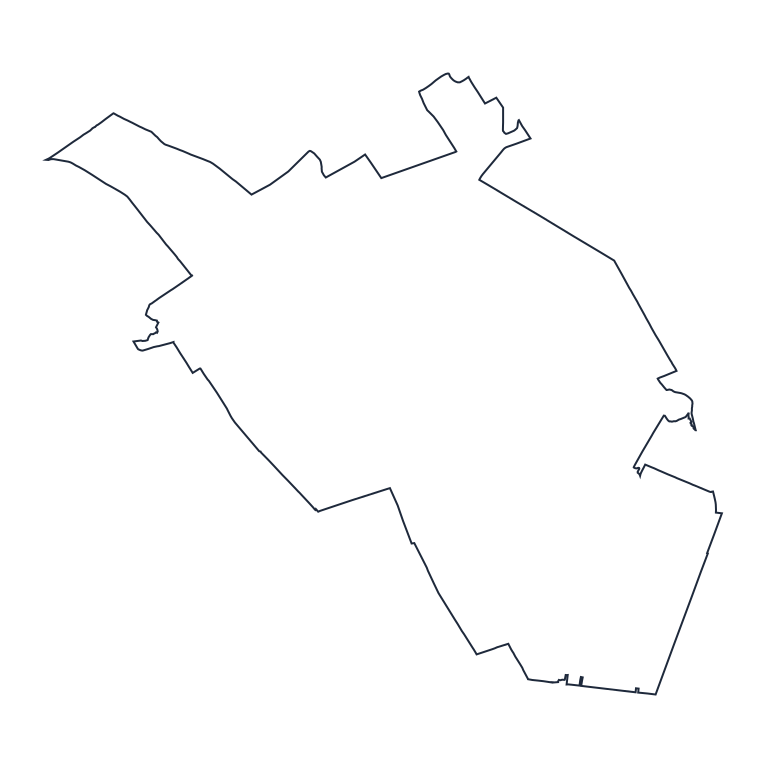 Trifesti, Neamt, Romania
{"feature_id": "2599482B56536126693298", "entity_name": "Trifesti", "entity_type": "district", "adm_level": 2, "iso_a3": "ROU", "parent_name": "Romania", "parent_adm1": "Neamt", "projection": "mercator", "projection_center": [26.835, 46.906], "detail": "fine", "context": "isolated", "style": "outline", "palette": "slate", "viewbox_px": 768, "rotation_deg": 0, "n_neighbors": 0, "source": "geoboundaries", "source_scale": "gbopen_adm2", "svg_char_len": 6027}
<svg xmlns="http://www.w3.org/2000/svg" viewBox="0 0 768 768"><path d="M707.8,553.5L707.1,553.2L713.7,535.6L714.7,532.9L721.9,513.3L715.9,512.6L716.0,509.9L715.8,504.6L715.5,502.2L714.8,498.9L714.0,495.5L713.0,491.5L711.7,491.7L711.3,492.0L710.6,492.0L709.3,491.6L694.5,485.4L693.3,485.0L689.6,483.3L676.8,478.1L675.2,477.3L668.0,474.4L660.9,471.3L658.5,470.3L654.2,468.3L651.9,467.4L645.2,464.6L644.1,466.8L641.6,471.6L640.6,473.8L640.1,475.8L639.9,475.2L639.4,474.3L639.0,473.7L637.7,472.7L637.7,471.7L639.3,468.8L639.1,468.0L638.3,467.8L636.7,468.4L635.2,468.2L633.8,467.5L633.7,467.3L634.9,464.9L642.4,451.5L651.7,435.7L653.2,433.0L663.8,415.6L664.9,415.8L666.8,418.8L668.1,420.5L669.3,421.4L670.8,421.4L671.3,421.6L672.3,421.6L673.9,421.2L675.4,421.3L676.7,420.9L678.9,419.6L680.8,419.0L685.4,417.1L685.8,416.8L687.4,414.7L688.3,413.5L688.7,412.7L688.7,413.4L688.4,415.2L688.6,416.2L688.6,418.5L689.7,418.5L691.3,421.7L691.3,422.1L691.1,422.3L690.5,422.8L690.7,423.5L691.1,423.6L691.7,424.4L691.4,425.3L691.5,425.5L692.1,426.0L692.5,426.1L693.5,426.7L693.5,428.1L693.8,428.7L694.4,429.0L695.4,430.2L695.7,430.2L695.5,429.6L693.9,423.0L693.5,422.0L692.8,418.5L692.1,415.7L691.8,414.6L691.6,413.8L691.6,412.3L691.9,410.6L691.9,408.2L692.1,407.1L692.2,406.6L692.2,405.3L692.5,403.7L692.3,401.5L691.9,400.5L690.2,398.5L688.1,396.7L685.7,395.0L684.4,394.3L681.6,393.3L680.3,393.0L675.1,392.1L673.5,391.4L671.6,390.0L671.0,389.9L669.4,389.5L668.9,389.6L667.0,390.0L666.5,390.0L664.2,387.4L661.7,384.3L660.3,382.8L658.0,379.3L657.7,378.6L660.0,377.5L664.1,376.0L676.5,370.9L675.7,369.2L674.9,367.8L672.2,363.6L671.6,362.3L670.1,360.0L667.4,355.4L659.0,340.7L655.6,335.2L651.7,328.3L649.3,323.7L645.9,317.7L645.0,315.9L638.1,303.4L637.6,302.3L633.0,294.4L631.0,290.7L629.3,288.0L621.6,273.9L615.0,262.1L614.2,260.6L600.6,252.4L574.1,236.6L540.3,216.1L515.7,201.5L488.5,185.2L479.3,179.8L480.0,178.4L481.4,176.1L482.9,174.1L500.6,152.9L503.0,149.9L504.2,148.6L505.0,148.0L506.3,147.2L516.4,143.7L530.5,138.5L525.1,130.2L522.2,126.1L518.9,120.1L518.5,120.4L517.9,122.6L517.6,125.9L517.2,127.7L517.0,128.2L515.1,129.9L514.0,130.7L513.1,131.1L508.1,133.3L506.0,133.9L504.4,132.8L503.5,131.4L503.2,131.2L503.0,130.9L502.9,130.0L503.0,125.5L503.1,122.6L503.1,122.3L503.1,107.6L496.3,97.7L485.0,103.5L477.7,91.9L474.6,87.3L471.4,82.2L470.5,80.6L469.7,79.1L469.0,78.0L468.6,76.9L467.4,77.7L466.4,78.5L463.9,80.2L462.1,81.2L459.9,82.3L459.0,82.3L457.6,82.3L455.4,81.5L453.6,80.4L452.5,79.4L451.0,77.8L450.2,76.8L449.7,75.8L449.3,74.5L448.8,73.7L448.0,73.5L445.8,74.0L444.0,74.9L441.2,76.5L439.2,77.9L435.7,80.4L431.5,84.0L428.8,86.0L425.9,88.0L423.1,89.7L420.8,90.6L419.1,91.6L419.4,92.8L420.2,95.2L422.0,98.8L423.6,103.0L424.9,105.6L427.2,110.2L428.7,111.6L433.6,116.5L437.7,122.0L443.2,130.1L445.8,134.9L454.2,147.9L456.3,151.5L455.4,152.0L381.3,178.1L370.8,162.6L365.1,154.5L354.5,161.7L325.8,177.5L323.9,175.3L321.9,171.7L321.6,168.1L321.7,167.0L321.5,165.8L320.8,161.8L319.8,159.6L317.0,156.6L314.2,153.4L311.1,151.3L310.4,151.0L309.8,150.9L308.6,151.5L288.3,171.5L270.0,184.7L251.5,194.6L235.9,181.5L232.6,179.2L219.8,168.7L212.9,163.6L212.2,163.2L210.2,162.0L207.4,160.9L203.0,159.1L190.6,154.5L188.9,153.7L182.6,151.0L180.1,150.1L176.7,148.7L168.6,145.7L165.6,144.7L164.4,144.1L161.0,141.3L159.0,139.2L157.2,137.1L155.5,135.8L151.4,131.8L145.3,129.3L141.7,127.5L139.6,126.6L131.9,122.6L130.8,122.1L127.6,120.5L124.0,118.9L119.8,116.6L117.8,115.7L114.0,113.5L113.4,113.3L105.5,119.1L101.5,122.2L98.0,124.7L96.6,125.4L95.0,127.0L94.7,127.0L92.4,128.3L91.8,129.0L90.1,130.6L85.7,133.4L83.5,134.7L80.1,137.3L73.4,141.7L57.7,152.7L49.9,157.9L48.5,158.7L46.1,159.8L48.5,160.0L49.8,159.5L51.7,159.1L53.5,159.1L68.4,161.7L70.6,162.4L72.7,163.5L76.1,165.6L78.8,166.9L84.7,170.2L92.2,174.9L106.0,183.9L110.6,186.3L120.4,191.9L124.8,194.7L127.2,196.5L127.9,197.3L130.0,199.9L132.1,202.7L136.4,208.1L147.1,221.9L150.4,225.5L156.6,232.7L158.6,234.7L163.5,241.1L166.2,244.6L167.9,246.4L170.6,249.6L172.5,251.8L174.7,254.4L176.8,257.0L177.7,258.5L178.2,259.2L180.0,261.1L190.8,274.7L191.5,275.4L192.0,275.4L192.1,275.6L184.3,281.1L172.7,289.1L170.9,290.2L159.2,298.0L151.6,303.5L150.2,304.1L149.4,305.0L149.0,306.1L148.8,307.0L147.6,309.4L147.2,310.1L145.9,314.8L146.9,315.8L148.7,316.9L151.1,318.9L153.1,319.9L155.3,320.2L156.9,320.6L157.0,321.7L158.4,322.5L156.0,327.3L156.9,328.6L157.4,329.9L157.7,331.5L157.0,332.8L156.1,332.3L155.2,333.1L154.2,333.5L153.4,334.1L150.9,334.1L150.1,334.9L148.5,337.4L147.6,340.1L145.3,340.8L142.4,341.0L141.0,340.5L133.5,341.5L137.4,348.1L137.8,348.8L138.3,349.3L140.4,350.2L141.5,350.5L142.7,350.6L147.7,349.1L151.6,347.8L153.6,347.1L157.3,346.3L158.8,346.1L170.2,343.1L173.5,342.0L173.5,342.7L176.6,347.3L180.2,353.2L186.4,362.7L189.0,367.0L192.7,372.9L199.8,368.5L200.4,368.5L201.0,369.4L203.7,373.8L207.6,379.5L208.9,380.9L216.9,392.7L226.9,408.6L227.6,410.1L230.5,415.8L231.9,418.2L234.9,422.5L259.2,451.2L260.6,451.6L260.7,452.0L261.5,453.0L268.1,459.7L273.5,465.4L282.5,475.1L288.0,480.7L295.7,488.8L297.0,490.2L298.6,491.9L299.0,492.2L309.0,502.9L313.1,507.4L315.0,509.7L315.5,510.0L315.9,509.1L318.2,511.7L320.0,510.9L352.0,500.2L389.9,488.1L397.7,505.5L403.0,520.8L411.5,543.2L411.6,543.5L414.3,543.1L426.8,567.7L427.9,570.7L433.8,583.3L438.5,593.1L454.8,619.5L457.8,624.2L461.9,631.1L464.0,634.1L472.7,647.9L473.7,649.4L475.5,652.4L476.6,654.4L492.0,649.3L494.8,648.3L497.0,647.3L508.3,643.8L511.2,649.5L512.6,651.8L513.2,652.6L515.3,656.6L520.3,664.5L522.3,667.8L523.3,670.2L527.9,678.8L528.0,679.2L532.4,680.0L538.3,680.6L543.5,681.2L552.0,682.5L551.9,682.2L554.5,682.4L558.0,682.1L557.9,681.7L558.9,679.9L559.9,680.2L560.7,680.2L561.4,679.9L562.7,679.7L564.3,679.9L564.8,679.7L565.7,675.0L566.7,675.1L567.7,675.0L566.6,684.5L568.3,684.4L571.4,684.7L579.5,685.6L580.3,679.8L580.9,677.0L582.7,677.4L582.1,680.3L581.2,685.9L635.6,692.3L636.0,688.3L638.6,688.6L638.2,692.6L647.5,693.5L655.6,694.5L674.3,643.6L691.9,596.3L701.1,571.2L707.8,553.5Z" fill="none" stroke="#1e293b" stroke-width="2"/></svg>